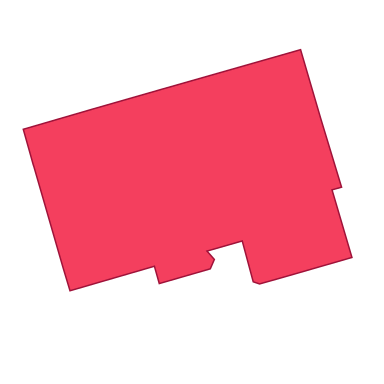 outline of Green Lake, Wisconsin, United States of America, rotated 254°
{"feature_id": "52423323B74406561633186", "entity_name": "Green Lake", "entity_type": "district", "adm_level": 2, "iso_a3": "USA", "parent_name": "United States of America", "parent_adm1": "Wisconsin", "projection": "mercator", "projection_center": [-89.088, 43.808], "detail": "fine", "context": "isolated", "style": "filled", "palette": "rose", "viewbox_px": 384, "rotation_deg": 254, "n_neighbors": 0, "source": "geoboundaries", "source_scale": "gbopen_adm2", "svg_char_len": 447}
<svg xmlns="http://www.w3.org/2000/svg" viewBox="0 0 384 384"><g transform="rotate(254 192 192)"><path d="M298.8,47.1L274.8,47.0L261.9,46.9L260.3,47.0L154.8,47.2L130.7,47.5L131.0,135.4L113.0,135.3L113.1,188.4L121.0,194.9L131.1,190.1L131.1,226.8L88.8,226.1L85.0,231.6L84.9,255.6L84.9,267.8L85.0,327.7L155.5,327.2L155.4,337.1L227.0,336.0L298.9,335.6L299.1,191.8L299.1,119.9L298.8,47.1Z" fill="#f43f5e" stroke="#9f1239" stroke-width="1.5"/></g></svg>